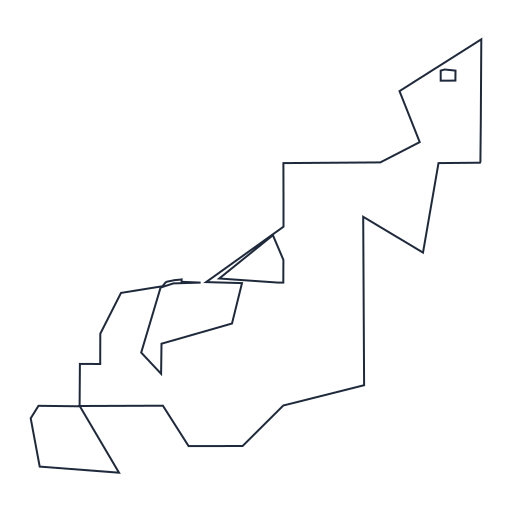 the district of Broomfield, Colorado, United States of America
{"feature_id": "52423323B97588721690601", "entity_name": "Broomfield", "entity_type": "district", "adm_level": 2, "iso_a3": "USA", "parent_name": "United States of America", "parent_adm1": "Colorado", "projection": "albers", "projection_center": [-105.062, 39.967], "detail": "fine", "context": "isolated", "style": "outline", "palette": "slate", "viewbox_px": 512, "rotation_deg": 0, "n_neighbors": 0, "source": "geoboundaries", "source_scale": "gbopen_adm2", "svg_char_len": 812}
<svg xmlns="http://www.w3.org/2000/svg" viewBox="0 0 512 512"><path d="M480.7,162.7L480.4,162.6L480.8,121.5L481.3,39.3L399.5,91.1L419.7,142.1L380.3,162.4L283.4,163.1L283.5,202.1L283.5,226.7L206.1,282.1L242.0,283.1L232.0,323.5L161.5,343.7L161.1,373.8L141.2,352.6L160.9,286.5L121.0,292.9L100.3,333.7L100.2,364.0L79.9,363.9L79.6,406.3L38.5,405.8L30.7,418.3L39.7,466.6L119.0,472.7L79.7,406.0L162.9,405.7L188.6,446.1L242.6,446.0L283.3,405.5L364.1,385.2L363.2,216.8L423.0,252.6L438.5,163.1L480.7,162.7ZM272.9,235.2L283.4,259.9L283.3,282.6L278.2,282.6L219.2,278.5L272.9,235.2ZM440.7,80.7L440.7,70.6L444.7,69.5L455.5,70.6L455.4,80.6L440.7,80.7ZM161.7,287.2L173.4,283.4L200.6,282.6L181.6,281.8L181.6,279.4L180.7,279.6L174.8,280.1L166.9,281.7L165.6,282.4L161.7,287.2Z" fill="none" stroke="#1e293b" stroke-width="2"/></svg>